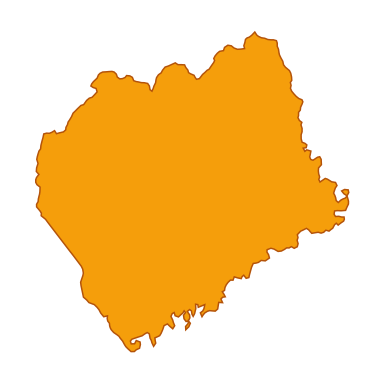 the district of Buri, São Paulo, Brazil, rotated 85°
{"feature_id": "56859067B24230561031426", "entity_name": "Buri", "entity_type": "district", "adm_level": 2, "iso_a3": "BRA", "parent_name": "Brazil", "parent_adm1": "São Paulo", "projection": "mercator", "projection_center": [-48.559, -23.74], "detail": "fine", "context": "isolated", "style": "filled", "palette": "amber", "viewbox_px": 384, "rotation_deg": 85, "n_neighbors": 0, "source": "geoboundaries", "source_scale": "gbopen_adm2", "svg_char_len": 4963}
<svg xmlns="http://www.w3.org/2000/svg" viewBox="0 0 384 384"><g transform="rotate(85 192 192)"><path d="M209.3,37.9L211.3,39.6L212.2,42.5L213.1,44.5L215.2,47.2L213.1,49.1L210.2,49.4L207.9,50.0L205.5,51.0L203.5,50.2L200.4,48.8L198.2,47.0L195.0,48.2L194.0,52.0L191.0,56.0L190.1,58.1L191.4,60.4L193.2,63.6L190.5,64.6L188.2,63.5L185.1,64.2L182.0,64.3L179.0,63.8L176.1,60.7L170.7,60.5L168.0,61.7L168.3,63.9L170.9,68.7L169.9,70.9L167.3,71.7L165.2,71.0L161.6,70.0L160.0,74.0L161.3,76.0L158.0,77.4L157.8,74.4L155.1,73.5L153.4,75.2L152.0,78.0L148.5,78.6L144.5,78.3L141.6,77.1L138.2,76.8L134.6,77.6L132.2,76.5L130.1,78.8L127.1,80.0L125.2,79.2L121.9,78.9L119.9,77.0L117.0,76.4L114.0,74.7L111.8,73.7L109.7,74.4L108.2,77.4L105.8,79.9L103.2,81.9L100.3,83.9L97.3,84.9L94.4,84.0L91.4,84.5L89.5,82.9L86.1,82.8L82.2,83.3L79.5,84.4L75.8,88.1L73.3,89.7L69.6,90.2L66.3,91.7L63.1,92.9L61.0,93.2L57.4,93.4L54.2,94.4L51.1,94.1L48.6,94.7L47.5,97.6L47.3,100.0L46.7,103.2L45.2,106.1L44.4,109.4L42.8,112.2L41.3,113.8L38.1,115.5L41.1,118.9L42.7,121.4L43.3,123.7L44.6,125.4L47.7,126.3L50.8,127.6L53.7,127.1L53.9,130.8L53.8,134.3L52.2,137.6L49.8,140.1L48.9,143.5L50.8,147.0L53.9,148.3L54.3,152.3L56.0,154.7L58.3,157.0L60.9,158.7L63.0,158.0L64.9,159.1L67.5,161.3L71.2,164.3L72.1,166.4L74.1,168.8L75.8,171.2L77.6,172.8L79.7,174.8L80.1,177.7L78.1,178.9L75.9,179.8L74.1,183.2L72.8,185.0L70.2,185.5L67.3,187.4L64.7,188.3L64.3,191.1L63.9,194.9L61.9,197.4L62.9,200.3L64.4,204.5L65.2,207.9L68.1,210.7L70.6,212.3L72.3,215.2L74.9,217.3L76.8,218.0L80.1,218.8L83.2,220.7L85.4,221.6L88.1,223.1L86.4,224.9L82.7,225.2L80.0,226.7L79.0,230.0L78.6,233.1L77.8,235.4L77.1,238.1L76.0,240.4L72.6,241.4L70.9,243.8L70.3,247.0L72.1,248.7L73.0,251.5L73.0,254.1L71.0,256.4L68.0,257.1L65.7,259.1L64.9,261.2L64.8,264.0L64.8,267.4L64.7,270.5L65.7,273.2L67.2,275.0L70.3,276.6L73.5,280.6L75.6,282.5L77.6,283.5L79.3,281.4L80.5,278.5L84.0,277.8L86.6,280.6L88.9,283.2L89.6,286.2L91.6,289.0L95.5,292.3L96.1,295.1L97.4,296.7L99.0,298.7L100.9,300.9L103.1,303.6L106.4,305.4L109.6,307.7L111.5,309.3L114.1,310.2L116.6,311.9L119.1,312.4L120.9,314.8L121.6,319.4L122.1,321.9L118.9,323.6L120.3,326.4L121.1,329.0L120.7,331.7L121.2,334.6L124.8,335.7L128.0,336.9L132.3,338.4L135.9,339.1L137.9,340.9L141.1,342.2L143.5,343.1L146.0,343.8L150.1,342.9L154.4,344.7L158.0,345.3L161.1,343.0L164.0,345.6L166.2,346.6L168.8,346.8L171.2,345.8L173.9,342.9L178.5,343.5L181.0,344.1L182.9,344.8L185.6,345.7L188.1,346.1L190.7,347.9L193.3,348.1L195.7,346.4L197.6,345.1L199.9,343.9L202.5,344.3L206.4,340.3L210.8,337.6L213.8,335.7L241.6,318.0L244.8,315.9L256.2,308.8L259.3,307.6L263.3,307.3L265.5,307.9L272.2,310.8L275.5,310.7L287.3,309.3L290.4,306.3L293.2,304.3L295.7,299.1L298.6,296.6L301.2,294.9L304.6,293.5L308.6,290.8L308.0,287.0L310.7,287.5L313.2,287.2L315.6,285.7L318.1,285.7L320.1,285.3L322.1,284.5L325.1,282.3L327.9,278.9L329.4,277.3L331.3,276.3L334.5,274.1L338.2,272.5L340.3,271.4L342.5,269.6L345.7,266.6L345.9,263.3L344.3,261.3L343.1,257.9L339.4,256.7L336.9,256.8L335.1,260.5L338.2,262.4L338.0,265.8L335.1,266.4L333.4,264.7L332.3,260.3L331.7,257.8L330.9,254.2L329.3,251.5L328.1,248.9L329.6,246.9L334.0,246.5L336.3,245.5L338.9,245.0L342.4,243.7L339.4,241.3L337.1,241.6L334.1,241.7L333.1,238.8L332.3,236.7L330.1,235.1L326.6,233.2L322.7,231.5L321.3,228.0L324.3,225.4L326.6,223.1L323.7,220.9L320.5,221.9L317.8,222.4L314.1,223.8L311.4,222.3L310.5,220.3L313.8,219.6L315.3,216.4L313.2,213.7L311.9,211.8L309.7,210.2L311.6,209.0L314.0,211.2L317.6,211.0L320.5,209.2L320.1,206.8L317.2,205.1L314.2,205.1L310.6,207.1L308.9,204.6L310.4,202.9L313.7,202.7L316.0,201.7L313.4,200.0L310.6,199.1L308.6,198.4L304.1,198.2L304.7,196.0L307.4,195.8L306.3,192.3L305.3,189.1L309.1,190.2L311.4,191.6L313.1,194.2L317.1,192.9L315.4,191.6L313.6,189.8L312.2,187.1L311.7,184.8L312.2,182.2L312.7,179.2L310.8,176.6L308.3,176.0L304.3,175.0L304.9,171.2L301.1,172.5L299.5,170.6L299.3,168.0L296.4,169.2L294.0,170.5L292.9,168.2L290.1,167.5L287.5,166.0L285.2,164.0L283.1,161.4L283.4,158.8L280.2,157.3L281.5,154.1L282.6,150.5L280.7,149.5L279.4,147.7L282.7,145.6L282.2,142.8L279.3,141.9L274.7,140.2L272.1,139.2L268.5,137.2L268.4,134.5L267.9,131.9L266.2,129.1L267.0,125.0L265.8,122.9L264.5,120.6L261.1,121.2L258.3,122.6L256.0,122.2L254.9,118.3L256.0,115.3L258.7,111.4L258.6,108.1L257.2,104.8L255.9,102.6L256.2,100.2L255.1,97.8L257.0,95.1L255.7,91.9L252.7,90.8L249.3,91.5L246.7,90.4L243.7,90.8L240.5,87.2L239.6,84.7L238.2,81.2L239.8,79.1L241.8,77.7L243.6,76.3L243.3,72.7L243.1,69.8L244.2,67.0L243.6,64.3L241.7,62.0L242.9,58.9L241.5,56.9L240.4,55.0L237.0,52.8L235.7,51.0L237.7,49.3L236.0,46.7L234.2,43.5L232.4,42.6L230.2,42.7L230.0,45.0L229.0,47.9L228.9,51.2L226.5,52.4L223.3,51.6L223.2,48.9L223.7,45.1L223.7,40.6L221.0,39.2L217.6,37.2L214.8,36.9L212.5,37.3L209.3,37.9ZM209.3,37.9L206.2,35.9L203.5,36.2L202.8,39.8L204.0,42.8L206.9,40.9L209.3,37.9ZM320.1,206.8L322.7,207.4L325.4,210.1L328.7,210.2L326.0,206.9L322.6,205.1L320.1,206.8Z" fill="#f59e0b" stroke="#b45309" stroke-width="1.5"/></g></svg>